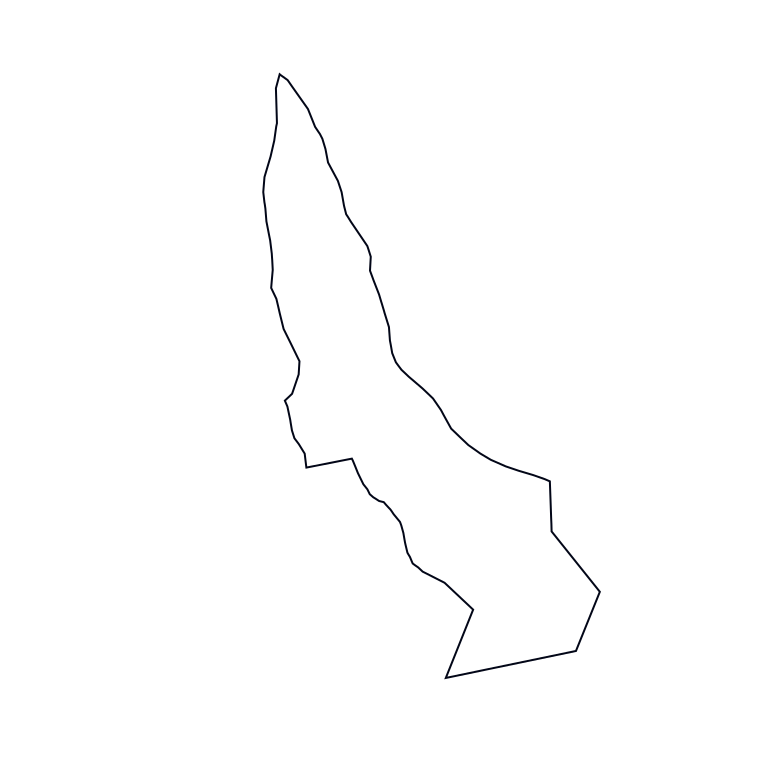 the district of Au Tabor Hill, Anse-la-Raye, Saint Lucia, rotated 244°
{"feature_id": "8701671B64289292392873", "entity_name": "Au Tabor Hill", "entity_type": "district", "adm_level": 2, "iso_a3": "LCA", "parent_name": "Saint Lucia", "parent_adm1": "Anse-la-Raye", "projection": "natural_earth1", "projection_center": [-61.035, 13.945], "detail": "fine", "context": "isolated", "style": "outline", "palette": "ink", "viewbox_px": 768, "rotation_deg": 244, "n_neighbors": 0, "source": "geoboundaries", "source_scale": "gbopen_adm2", "svg_char_len": 1975}
<svg xmlns="http://www.w3.org/2000/svg" viewBox="0 0 768 768"><g transform="rotate(244 384 384)"><path d="M708.1,426.0L697.2,416.5L668.4,403.5L665.3,402.1L662.8,400.1L650.8,392.0L638.2,381.8L622.4,367.3L611.6,360.9L609.4,359.6L599.8,356.2L597.7,355.6L593.7,354.3L581.7,349.6L567.5,345.8L562.9,344.6L550.4,340.3L547.0,338.9L544.0,337.7L535.3,334.0L526.5,328.7L519.8,324.7L507.7,324.6L499.7,322.8L493.3,321.3L477.5,317.9L461.7,318.0L457.3,318.0L441.5,318.0L433.9,313.7L430.0,311.5L418.5,300.1L415.5,297.1L414.1,292.7L412.5,287.6L406.1,287.3L392.9,284.0L390.0,283.1L382.6,280.9L374.5,279.7L367.3,281.1L361.1,281.7L356.2,282.2L344.7,278.2L342.9,277.6L332.6,316.4L331.0,322.4L328.6,322.4L322.3,322.0L315.4,321.5L302.9,321.5L296.6,322.9L291.2,322.9L288.1,324.2L286.9,324.7L284.7,326.1L281.0,328.3L277.9,332.0L274.4,332.9L270.1,334.2L268.6,334.7L267.0,335.0L262.7,335.6L253.0,337.9L250.9,337.7L249.1,337.5L241.6,336.1L235.1,334.2L232.3,333.4L230.2,332.9L222.1,331.1L220.5,331.2L217.1,331.5L212.3,331.2L210.1,331.1L207.2,332.6L204.2,334.3L198.4,336.5L186.5,345.5L178.8,351.3L142.1,365.2L92.7,310.7L82.4,351.2L59.9,439.5L102.6,486.9L127.2,481.4L178.0,470.0L184.8,473.1L189.4,475.1L222.9,490.0L223.8,490.4L228.0,486.8L236.8,478.1L247.0,467.0L256.6,457.3L269.0,446.8L277.1,441.5L279.4,440.0L283.3,437.9L292.0,433.1L300.8,429.8L304.6,428.4L313.6,425.1L314.4,424.8L323.9,424.3L330.1,424.0L335.6,423.8L349.5,421.7L355.2,419.6L363.0,416.7L379.6,409.5L389.2,405.9L394.4,404.9L398.3,404.2L408.1,404.9L416.1,407.2L420.5,408.4L433.0,413.4L447.9,415.7L449.4,416.0L458.0,417.4L458.8,417.5L466.6,418.8L482.3,420.1L483.1,420.2L484.0,420.3L492.0,421.1L504.2,427.9L510.9,428.9L515.3,429.5L544.1,425.4L550.2,424.8L553.1,424.4L560.8,426.0L562.1,426.3L575.0,430.0L586.8,431.6L594.5,431.3L607.6,430.8L620.9,434.4L631.4,436.1L636.8,436.0L639.4,435.6L645.3,434.8L656.1,435.6L664.5,436.2L675.6,434.4L691.6,431.8L699.4,430.6L707.0,426.5L708.1,426.0Z" fill="none" stroke="#020617" stroke-width="2"/></g></svg>